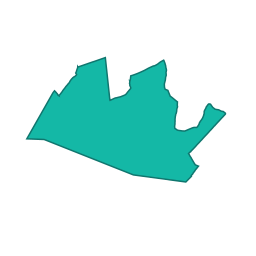 outline of Edam-Volendam, Noord-Holland, Netherlands, rotated 136°
{"feature_id": "6326949B91205406123023", "entity_name": "Edam-Volendam", "entity_type": "district", "adm_level": 2, "iso_a3": "NLD", "parent_name": "Netherlands", "parent_adm1": "Noord-Holland", "projection": "equal_earth", "projection_center": [4.993, 52.549], "detail": "fine", "context": "isolated", "style": "filled", "palette": "teal", "viewbox_px": 256, "rotation_deg": 136, "n_neighbors": 0, "source": "geoboundaries", "source_scale": "gbopen_adm2", "svg_char_len": 4981}
<svg xmlns="http://www.w3.org/2000/svg" viewBox="0 0 256 256"><g transform="rotate(136 128 128)"><path d="M156.7,90.5L123.9,49.0L115.9,49.2L115.8,49.4L115.8,49.6L115.7,49.8L115.1,49.9L114.7,50.0L113.8,49.9L113.5,50.0L113.4,50.0L113.2,50.1L112.5,50.3L112.0,50.4L111.7,50.4L111.5,50.5L111.1,50.5L110.5,50.6L109.7,50.7L109.5,50.9L109.2,50.9L107.6,51.2L107.4,51.1L106.1,51.3L105.5,51.4L104.6,51.5L103.8,51.6L105.2,54.8L105.2,55.0L105.0,55.5L104.9,56.2L104.8,56.7L104.7,57.2L104.6,57.6L104.3,58.8L103.8,60.8L103.5,62.1L103.4,62.3L103.3,62.6L102.9,64.8L102.4,66.5L102.2,67.6L100.5,67.6L99.8,67.6L99.7,67.5L99.6,67.4L99.2,67.4L99.1,67.6L97.5,67.6L96.9,67.6L96.7,67.7L95.6,67.6L95.0,67.7L93.7,67.7L92.6,67.8L92.0,67.8L90.3,68.0L87.9,68.1L87.1,68.1L85.8,68.2L84.6,68.3L83.9,68.3L83.1,68.3L82.3,68.4L82.0,68.4L81.2,68.5L80.5,68.5L79.5,68.6L78.6,68.6L78.4,68.6L78.1,68.7L77.2,68.7L76.1,68.7L75.8,68.7L75.4,68.8L75.2,68.8L74.8,68.8L74.2,68.8L73.6,68.9L73.0,68.9L72.0,69.0L71.1,69.1L70.6,69.1L70.1,69.1L69.4,69.1L68.7,69.2L68.3,69.2L67.6,69.2L67.4,69.3L67.1,69.3L66.5,69.3L66.0,69.4L65.7,69.4L64.9,69.5L64.6,69.5L64.2,69.4L63.2,69.5L61.8,69.6L61.1,69.6L60.5,69.7L60.0,69.7L59.5,69.8L59.2,69.8L58.9,69.7L58.0,69.8L57.5,69.8L57.1,69.8L56.9,69.9L56.1,69.9L54.9,70.0L54.6,70.0L53.1,70.1L52.9,70.1L52.2,70.1L50.8,70.2L48.9,70.3L48.2,70.4L47.7,70.9L47.7,71.0L47.7,71.6L48.0,73.4L48.1,73.7L48.1,73.9L48.2,74.0L48.8,74.7L49.0,75.0L49.2,75.3L49.3,75.6L49.9,77.3L50.0,77.8L50.2,78.1L50.5,78.6L51.4,79.7L51.9,80.5L52.1,80.8L52.3,81.0L52.4,81.6L52.4,81.9L52.6,83.1L52.7,84.1L52.5,85.4L52.4,86.2L52.3,86.7L52.1,87.6L52.2,87.8L52.2,88.0L52.6,88.6L53.0,89.0L53.3,89.2L53.4,89.3L53.6,89.3L53.8,89.3L54.6,89.2L56.2,88.9L56.6,88.9L57.1,88.7L57.3,88.7L58.0,88.3L58.2,88.2L60.8,87.4L61.0,87.3L61.5,87.1L62.1,86.6L62.4,86.3L62.5,86.1L62.7,85.9L62.8,85.8L62.9,85.7L64.6,84.7L64.9,84.5L66.6,83.7L66.9,83.6L67.3,83.4L68.4,83.1L70.3,82.7L71.1,82.6L71.4,82.6L72.2,82.3L73.3,82.0L74.2,81.4L74.4,81.3L75.3,81.1L77.5,80.6L77.9,80.7L78.2,80.8L78.3,80.8L78.6,81.1L79.2,81.7L79.8,82.3L80.0,82.5L81.1,83.1L81.7,83.4L82.4,83.7L83.0,83.9L84.2,84.4L86.0,85.1L87.9,85.8L89.1,86.3L89.4,86.5L89.9,87.0L90.4,87.6L91.1,88.3L91.7,89.1L92.3,89.9L92.8,90.5L93.4,91.3L93.7,91.7L93.9,92.1L94.0,92.3L94.0,92.5L94.1,92.8L94.1,93.1L94.2,93.8L94.3,94.0L94.4,94.3L94.6,95.2L94.5,95.3L94.2,95.7L93.9,96.0L93.7,96.2L93.5,96.7L92.8,97.2L92.2,97.7L91.6,98.1L91.3,98.4L91.0,98.7L90.6,99.2L90.2,99.5L89.4,100.2L89.2,100.4L88.6,101.1L88.3,101.4L87.3,102.3L86.9,102.6L86.4,103.1L85.8,103.5L85.3,103.8L84.3,104.6L83.9,104.8L83.1,105.1L82.8,105.3L81.7,106.0L81.2,106.4L80.3,107.2L80.1,107.4L79.6,107.8L79.1,108.1L78.2,108.5L77.9,108.7L77.6,108.9L77.2,109.4L77.0,109.8L76.7,110.2L76.6,110.3L75.4,111.4L74.6,112.2L74.3,112.4L74.3,112.5L74.5,113.8L75.1,119.1L75.4,121.0L75.5,121.8L75.4,121.9L75.3,122.2L75.0,122.9L73.4,126.9L73.2,127.2L73.2,127.4L73.2,127.5L73.7,128.5L73.9,129.0L74.3,129.9L74.3,130.1L74.3,130.3L73.8,131.2L73.5,131.9L73.4,132.0L71.4,134.3L71.1,134.5L70.7,134.8L69.4,135.6L67.9,136.5L67.4,136.9L65.8,138.3L65.7,138.4L64.3,139.1L64.1,139.2L64.0,139.3L63.4,139.9L62.1,141.5L61.9,141.7L61.1,142.2L60.7,142.5L60.3,142.8L60.1,142.9L60.0,143.1L59.7,143.5L58.5,145.6L57.8,146.4L57.4,147.1L56.9,148.1L56.5,148.8L56.1,149.7L55.7,150.7L55.2,151.8L55.2,152.0L58.5,152.9L59.6,153.1L60.6,153.2L61.8,153.3L62.4,153.4L62.9,153.5L63.3,153.6L65.4,154.2L65.7,154.3L66.1,154.6L66.7,155.0L66.8,155.0L67.6,155.4L68.1,155.5L69.1,155.9L71.7,156.8L75.0,157.7L76.7,158.2L79.5,159.2L80.9,159.7L83.5,160.7L85.6,161.6L87.6,162.5L89.8,163.6L91.8,161.9L92.5,161.4L92.8,161.2L93.2,160.9L93.5,160.7L93.6,160.8L93.6,160.7L93.9,160.5L94.5,160.2L95.1,159.6L95.6,159.2L95.8,159.1L96.0,158.9L96.3,158.2L96.8,157.7L97.0,157.5L97.2,157.2L97.3,156.9L97.7,155.8L97.9,155.3L98.2,154.9L98.4,154.7L98.6,154.6L99.0,154.5L99.3,154.5L103.1,154.1L105.1,153.8L106.2,153.7L106.4,153.7L106.8,153.8L107.3,153.9L107.9,154.1L110.1,155.0L110.8,155.3L111.2,155.4L112.3,156.0L113.6,156.8L115.3,157.7L115.9,158.2L116.5,158.5L117.2,158.8L119.3,159.5L121.6,160.3L121.2,160.9L121.4,161.0L95.4,194.4L106.0,199.3L107.8,200.2L121.2,206.4L121.7,206.6L121.6,207.0L122.4,206.3L123.0,206.0L123.7,205.7L125.4,204.8L125.7,204.6L126.3,204.3L127.0,203.9L127.4,203.9L127.5,203.6L127.8,202.2L128.7,201.9L130.7,202.0L130.9,202.2L131.2,202.3L131.3,202.3L132.0,202.4L132.5,202.4L132.7,202.5L133.5,202.4L134.6,202.4L135.3,202.3L136.6,202.1L139.1,201.3L139.7,201.4L140.1,201.4L141.0,201.2L142.1,201.1L143.2,201.0L143.7,201.0L145.8,200.6L147.6,200.4L148.9,200.2L149.8,199.9L150.6,199.8L152.5,199.5L153.9,199.3L154.9,199.4L155.2,199.3L155.3,199.1L155.5,199.8L155.3,199.8L155.3,200.0L155.3,200.3L155.3,200.7L155.3,200.8L155.3,201.0L155.2,201.3L155.1,201.9L155.1,202.6L155.1,202.8L155.1,203.1L155.0,203.3L155.0,203.6L155.0,203.9L155.0,204.1L155.0,204.7L155.0,205.1L155.0,205.3L155.0,205.5L155.0,205.8L157.3,205.5L208.3,190.5L196.3,178.0L176.0,133.1L156.7,90.5Z" fill="#14b8a6" stroke="#0f766e" stroke-width="1.5"/></g></svg>